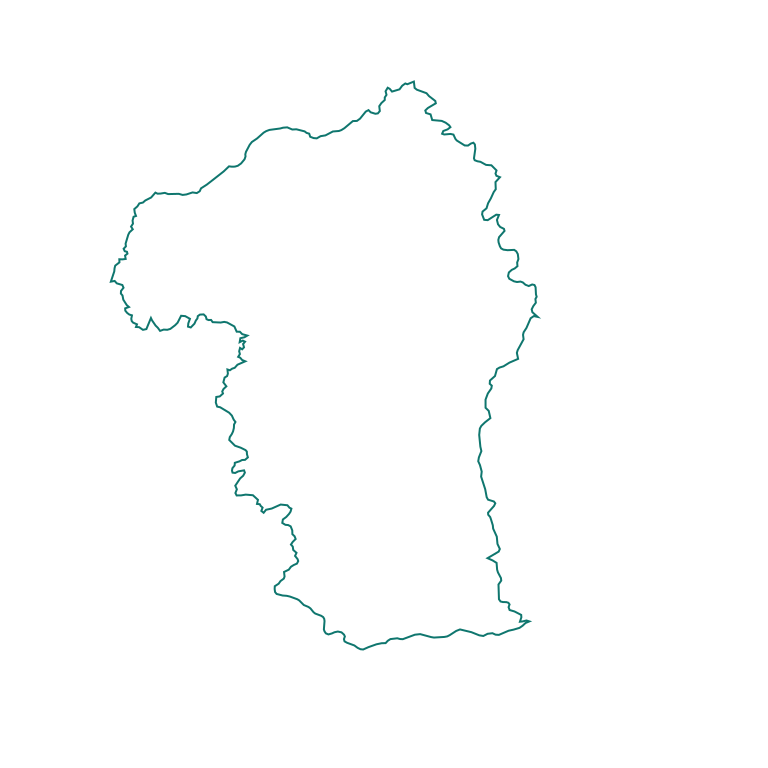 Pontal do Araguaia, Mato Grosso, Brazil, rotated 63°
{"feature_id": "56859067B86336317934865", "entity_name": "Pontal do Araguaia", "entity_type": "district", "adm_level": 2, "iso_a3": "BRA", "parent_name": "Brazil", "parent_adm1": "Mato Grosso", "projection": "equal_earth", "projection_center": [-52.708, -15.917], "detail": "fine", "context": "isolated", "style": "outline", "palette": "teal", "viewbox_px": 768, "rotation_deg": 63, "n_neighbors": 0, "source": "geoboundaries", "source_scale": "gbopen_adm2", "svg_char_len": 6165}
<svg xmlns="http://www.w3.org/2000/svg" viewBox="0 0 768 768"><g transform="rotate(63 384 384)"><path d="M325.9,205.9L323.6,207.1L320.9,213.1L318.5,216.6L316.3,218.1L313.9,218.2L309.8,217.6L307.5,216.7L305.4,214.8L302.3,207.1L300.2,206.7L296.8,209.2L293.5,209.9L289.1,208.9L285.6,204.8L284.1,207.1L285.1,217.2L283.2,220.2L277.4,219.6L275.1,217.9L274.0,212.9L270.2,209.2L267.1,204.5L262.8,199.1L261.2,196.0L254.7,193.0L252.4,186.8L249.5,189.3L247.1,189.1L244.8,186.8L237.9,189.0L235.1,193.6L229.8,197.2L228.0,199.6L225.8,201.6L223.8,201.4L215.8,195.8L211.8,194.3L209.6,194.8L209.2,197.4L209.7,200.9L208.1,203.8L200.1,208.6L198.0,209.1L193.3,208.9L191.4,211.2L189.0,217.1L187.4,218.6L185.5,216.3L186.0,211.7L185.3,208.2L183.1,208.5L179.2,210.4L175.8,213.1L170.7,221.2L164.9,220.1L161.6,223.5L159.0,223.0L158.0,219.6L157.4,210.4L155.1,209.8L147.9,213.2L144.2,214.1L136.7,221.1L134.1,222.3L128.1,220.1L127.5,227.1L125.9,228.6L126.5,232.4L128.5,236.4L127.1,244.1L123.6,244.9L121.7,246.2L123.9,249.7L127.5,250.5L129.0,253.2L131.3,254.4L132.5,258.8L134.3,262.1L138.9,263.8L140.1,266.6L139.3,269.0L135.9,272.5L132.9,273.5L133.0,276.6L136.7,284.9L137.3,288.7L135.6,292.4L138.1,303.2L138.4,306.8L138.1,309.3L135.8,314.9L135.9,323.3L134.4,328.0L134.6,332.4L132.9,335.1L130.2,337.5L127.0,337.0L125.1,339.0L122.9,340.0L117.3,346.4L115.6,350.2L111.4,353.7L109.8,357.6L109.2,360.5L105.6,370.7L105.2,374.2L105.4,377.1L107.6,385.6L108.4,391.9L109.9,395.1L114.5,401.6L116.4,403.3L118.4,404.1L120.5,406.3L122.6,411.2L123.2,415.2L122.6,418.2L121.3,420.9L119.7,423.3L121.8,430.3L123.5,438.9L125.9,451.3L126.6,458.2L128.6,460.7L128.9,464.1L126.4,467.6L125.4,474.0L124.1,477.6L121.4,480.5L116.8,490.1L114.2,492.5L112.9,496.6L111.6,499.4L109.7,500.8L112.1,506.8L112.1,513.4L112.9,516.4L112.0,520.0L113.8,523.1L114.8,527.1L118.2,528.3L121.7,528.7L121.3,531.2L124.2,533.8L127.2,534.9L128.9,537.9L132.1,537.6L133.3,541.9L134.9,544.1L141.6,550.5L144.2,551.5L145.3,554.6L148.0,554.7L149.5,553.0L151.4,553.4L152.0,556.4L155.3,557.4L154.2,560.5L152.7,563.2L155.5,564.5L156.5,569.7L158.5,571.5L161.2,573.2L168.8,580.9L169.9,577.2L173.0,576.4L177.0,572.2L180.0,572.4L181.7,576.1L184.0,577.4L186.4,576.8L190.5,578.0L196.9,577.4L199.6,576.3L199.1,580.3L201.2,581.2L204.0,580.6L206.5,579.4L208.4,577.4L211.2,579.6L213.4,580.2L215.4,579.7L218.7,577.0L220.6,579.1L222.2,576.4L226.3,574.2L227.2,570.8L219.4,561.7L221.9,561.8L228.2,561.0L231.2,560.0L235.0,559.4L235.5,555.6L237.3,552.5L237.9,549.4L236.8,543.4L235.7,540.1L231.1,533.8L233.3,530.3L237.8,527.3L241.1,530.8L243.9,532.6L245.9,530.5L244.2,525.5L242.0,522.8L240.9,520.5L239.0,519.1L238.6,516.5L240.1,513.1L243.0,512.1L245.7,512.7L247.4,511.3L248.4,509.0L251.1,508.6L255.1,501.6L256.1,498.2L257.9,495.9L264.8,491.2L270.5,491.5L272.0,488.7L275.2,487.7L278.8,483.8L279.0,487.1L278.0,491.2L281.2,493.6L281.2,490.1L283.2,488.6L284.4,491.4L287.8,492.1L288.7,494.6L286.5,495.9L289.1,498.2L291.9,498.8L293.6,501.6L295.3,500.2L298.2,499.5L300.8,497.3L300.3,505.8L301.8,509.7L301.4,512.3L301.8,515.1L300.0,516.9L303.9,518.4L305.7,520.2L305.9,523.1L309.6,526.4L314.5,525.5L315.6,529.3L317.2,531.5L319.4,531.8L320.5,536.0L319.4,539.3L324.2,542.3L328.4,542.9L330.4,540.5L339.3,535.0L343.1,533.9L347.5,534.1L350.4,533.6L352.0,536.0L355.0,537.7L357.7,540.0L359.5,542.3L361.3,545.5L363.6,547.3L371.3,544.8L375.7,540.6L380.0,537.4L381.9,536.9L384.4,538.0L387.6,538.6L388.5,542.3L387.3,544.9L387.3,547.9L386.5,552.7L388.8,554.1L390.2,557.3L392.2,558.8L394.2,559.2L395.7,557.0L395.7,553.5L397.4,547.9L399.8,548.2L401.8,551.1L402.8,555.0L407.1,562.7L411.0,562.9L413.7,565.9L416.4,565.9L418.4,561.8L419.8,557.4L423.6,551.3L430.0,548.9L433.2,551.6L434.7,549.3L436.7,549.2L439.0,548.3L441.4,550.9L444.1,549.7L442.5,546.2L444.0,540.6L444.5,530.8L448.2,525.1L451.3,524.4L453.0,523.1L455.3,525.2L456.6,527.5L458.1,531.4L458.8,535.6L461.6,537.7L464.7,535.8L466.2,533.4L468.5,531.8L472.8,532.2L476.2,533.8L479.1,532.8L482.0,533.1L483.2,536.9L484.8,539.8L487.4,539.1L490.7,540.2L494.7,538.6L496.8,541.3L500.7,540.5L502.8,540.8L504.5,543.1L504.3,546.6L504.6,549.9L506.2,553.1L506.1,558.4L510.4,560.0L511.9,561.6L512.6,565.7L514.1,568.5L514.6,573.1L517.0,574.5L519.9,575.5L522.3,575.0L526.4,570.4L528.6,566.8L530.7,564.3L536.4,559.0L538.3,557.8L544.5,555.8L548.4,552.5L550.6,551.4L555.3,550.4L557.3,549.5L562.0,545.2L564.1,544.0L566.1,543.9L568.2,544.6L575.4,549.0L577.5,549.3L579.8,549.0L581.9,547.2L582.6,543.6L582.7,540.9L583.6,537.5L586.0,534.6L589.2,533.4L591.2,533.5L593.1,535.5L595.4,536.0L597.8,534.4L603.5,529.1L607.1,527.3L609.6,525.4L611.1,523.1L611.4,517.3L612.5,508.9L613.9,503.8L615.6,500.2L614.5,497.2L614.2,494.1L616.6,487.6L618.5,485.5L619.9,483.1L621.4,470.3L623.3,465.3L630.9,456.9L632.6,454.6L636.8,445.0L637.6,442.2L637.6,439.5L636.8,431.8L637.2,427.7L644.8,418.8L651.2,413.2L653.6,409.9L653.6,405.1L655.3,400.5L658.0,398.4L659.7,395.5L660.4,385.0L661.7,380.0L662.8,374.0L662.3,370.2L661.2,366.4L661.5,362.3L659.4,364.4L658.5,368.2L657.5,370.8L654.2,367.5L652.0,366.6L645.9,371.0L642.4,374.7L639.4,374.3L637.4,372.2L635.4,372.5L633.9,374.0L632.3,377.0L630.7,378.9L628.0,379.3L614.6,373.0L612.4,368.8L610.0,367.9L603.6,368.0L600.8,367.5L594.5,364.9L590.4,367.4L586.2,370.8L585.4,357.9L583.6,355.7L578.0,355.5L571.2,352.8L562.4,352.4L559.3,351.2L553.0,350.1L550.7,349.8L547.8,350.5L545.9,349.7L542.6,341.3L540.8,339.0L538.6,339.4L534.3,343.8L531.5,343.9L523.7,341.6L510.6,339.5L506.4,336.7L499.8,335.3L495.6,335.1L492.5,332.8L488.0,327.7L483.6,326.6L472.6,322.3L467.2,318.8L465.5,316.3L464.0,311.4L462.7,304.7L455.5,302.9L451.3,304.3L444.0,300.6L439.6,295.8L436.7,290.4L434.4,288.7L431.8,289.7L429.0,288.0L427.3,281.5L422.0,276.6L421.8,273.6L422.5,269.5L421.9,262.5L422.5,253.1L416.6,251.5L414.5,249.5L407.5,239.3L403.3,237.8L401.3,236.1L398.7,231.6L392.0,223.5L391.5,219.7L394.0,216.6L387.4,219.2L384.5,218.5L382.3,215.5L380.5,211.8L377.0,210.5L375.6,208.4L373.1,207.9L366.6,205.0L364.1,205.0L362.6,206.8L362.4,210.6L359.8,212.9L356.5,214.2L354.7,215.9L353.5,219.2L351.5,221.6L347.1,224.6L344.2,224.5L341.3,222.1L340.3,218.3L340.4,215.1L339.6,211.6L336.2,210.2L333.7,207.5L329.0,205.8L325.9,205.9Z" fill="none" stroke="#0f766e" stroke-width="2"/></g></svg>